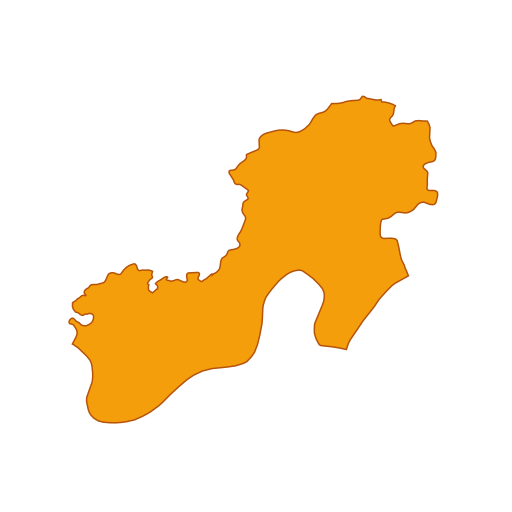 the district of Nha Be, Hồ Chí Minh city, Vietnam, rotated 76°
{"feature_id": "81297802B80984092880643", "entity_name": "Nha Be", "entity_type": "district", "adm_level": 2, "iso_a3": "VNM", "parent_name": "Vietnam", "parent_adm1": "Hồ Chí Minh city", "projection": "robinson", "projection_center": [106.723, 10.651], "detail": "fine", "context": "isolated", "style": "filled", "palette": "amber", "viewbox_px": 512, "rotation_deg": 76, "n_neighbors": 0, "source": "geoboundaries", "source_scale": "gbopen_adm2", "svg_char_len": 6089}
<svg xmlns="http://www.w3.org/2000/svg" viewBox="0 0 512 512"><g transform="rotate(76 256 256)"><path d="M155.3,240.7L158.1,241.4L159.0,241.9L160.4,243.9L162.5,249.1L163.6,250.9L166.6,254.5L167.0,255.6L167.1,257.6L166.7,260.4L166.8,261.1L168.0,261.9L169.5,261.9L176.7,259.5L179.7,259.2L180.9,258.6L182.0,257.2L182.4,255.1L182.8,254.1L184.2,252.7L189.8,248.0L190.6,247.6L191.1,247.6L193.8,250.3L194.4,250.5L197.2,249.7L198.4,249.7L199.0,250.4L200.3,254.3L200.9,255.1L201.7,255.8L202.6,256.2L204.2,256.6L206.8,258.1L208.5,258.5L210.2,258.5L211.7,258.2L214.6,257.0L215.9,256.8L217.2,257.0L218.5,257.7L226.5,263.3L228.9,265.4L230.5,267.3L231.9,268.5L233.6,269.7L235.1,270.2L236.5,270.1L238.7,269.0L240.3,268.7L241.4,268.9L242.4,269.4L243.5,270.9L244.1,273.3L244.2,276.5L244.0,278.4L244.0,280.7L245.0,282.3L246.2,283.0L247.6,284.2L248.7,285.8L250.0,289.4L251.0,290.4L252.7,291.5L257.3,293.3L259.6,294.5L260.5,295.5L261.8,297.4L262.7,299.5L262.9,301.2L263.9,303.0L263.3,302.8L262.8,303.0L263.0,303.9L266.1,310.0L266.7,312.5L267.7,314.7L267.0,315.9L265.3,317.4L264.7,317.8L263.5,317.8L260.9,315.7L259.6,315.2L259.2,315.2L258.4,315.6L257.9,316.3L256.2,325.0L256.1,326.0L256.3,326.7L257.2,327.6L257.8,327.9L260.0,328.4L262.5,328.4L263.4,328.6L264.2,330.0L264.3,331.1L263.7,332.5L261.9,335.0L260.3,336.9L259.8,338.0L259.7,339.2L259.9,340.9L260.0,344.0L259.9,344.7L258.7,346.3L258.3,347.6L257.6,348.5L257.2,348.7L256.9,348.6L255.2,346.9L254.9,347.0L254.5,347.8L254.4,348.7L254.5,350.1L256.2,354.8L256.8,357.2L258.1,359.8L258.4,360.2L258.7,360.2L260.6,359.0L261.5,358.7L263.9,359.5L264.1,359.8L264.4,361.0L265.2,362.2L266.7,365.4L264.2,367.7L263.1,368.3L262.2,368.4L260.3,368.0L257.8,366.9L257.1,367.7L256.3,367.9L255.6,367.4L253.8,365.3L253.0,363.9L252.3,362.2L251.9,361.7L251.4,361.5L249.0,361.8L245.9,360.1L245.3,360.7L243.9,363.0L243.5,364.1L242.9,367.2L242.2,369.5L242.1,371.8L241.9,372.8L241.3,373.5L240.1,374.1L236.5,374.3L235.7,374.6L234.5,375.3L234.1,376.2L234.2,378.4L234.5,381.1L235.5,384.1L237.5,387.7L240.7,391.5L240.9,392.5L240.8,393.5L240.0,395.2L238.6,396.9L237.5,399.1L237.3,400.6L237.5,402.7L238.1,403.7L239.4,404.9L243.4,407.9L244.5,409.4L245.0,410.4L245.2,417.4L244.3,420.8L244.1,421.9L244.2,423.2L244.6,424.1L246.3,426.2L247.0,428.7L247.5,429.8L248.7,431.0L249.4,431.4L250.3,431.5L251.2,431.3L252.4,430.6L253.1,430.7L253.2,431.4L252.3,433.1L252.4,434.5L252.7,435.3L253.9,437.6L254.3,439.5L255.4,441.1L256.0,442.5L256.5,444.3L257.1,445.4L259.0,445.8L260.2,446.3L261.4,446.1L262.4,446.3L264.3,445.8L266.2,444.8L266.6,444.8L268.2,442.1L270.2,440.7L271.4,439.3L271.7,438.1L271.1,436.1L271.1,435.4L271.6,433.7L271.3,431.5L272.1,430.0L272.9,428.7L273.7,428.3L274.7,428.2L276.2,428.4L277.8,429.1L278.7,429.6L280.1,430.8L280.9,431.7L281.9,434.0L282.5,436.8L282.5,438.0L282.1,439.8L281.1,441.6L280.5,442.3L278.0,443.8L275.7,446.3L273.2,447.7L272.5,448.2L272.0,448.9L271.9,449.6L272.0,450.4L272.5,451.4L273.2,452.4L274.3,453.2L275.0,453.4L276.0,453.3L276.6,453.0L278.0,450.5L279.0,449.6L284.0,448.0L286.5,448.0L288.3,448.4L290.9,450.1L297.0,455.5L298.2,454.1L299.4,453.2L301.9,450.9L311.3,445.0L312.7,444.2L317.1,442.2L320.3,441.7L323.1,441.8L330.3,442.8L333.9,443.7L338.5,445.4L352.3,454.5L356.1,455.6L364.3,455.9L367.4,455.6L370.6,454.6L374.3,452.5L378.0,448.7L380.4,444.1L382.4,438.2L383.8,433.1L384.8,427.5L385.4,422.2L385.6,413.5L384.1,405.0L382.9,400.3L381.6,395.9L377.6,386.2L375.3,381.9L369.5,372.4L364.2,362.7L359.2,352.7L356.5,345.2L354.6,335.8L354.6,325.8L356.8,310.5L357.6,302.4L357.2,294.9L356.4,290.7L352.6,284.7L348.9,280.6L342.3,276.0L334.2,271.7L323.4,266.7L317.4,264.7L308.2,262.0L305.7,261.0L301.1,258.3L298.5,256.4L295.1,252.6L292.1,248.8L286.0,240.3L284.0,236.6L281.2,230.4L280.2,226.9L279.7,222.8L279.9,218.6L280.3,217.1L281.4,214.7L287.0,209.8L291.8,206.0L298.6,201.9L303.9,199.4L308.2,198.8L311.4,199.4L315.1,200.7L316.7,201.5L320.0,203.7L334.8,214.7L336.5,215.7L341.0,217.1L345.1,218.0L349.0,217.9L351.4,217.6L355.7,216.6L357.5,215.9L358.6,214.7L362.4,204.4L365.3,197.5L368.6,190.9L363.5,187.8L360.0,184.7L344.2,167.1L334.1,153.9L327.5,146.6L321.2,137.2L317.5,131.0L316.0,127.3L312.1,112.9L306.3,113.7L304.1,114.2L300.5,114.4L295.1,115.7L292.3,115.8L288.4,115.7L281.3,115.3L275.2,115.3L274.1,115.8L273.1,116.8L272.4,118.1L271.5,120.4L270.7,123.8L270.2,126.5L269.6,128.5L268.6,129.7L267.3,130.4L265.0,130.3L261.3,129.4L256.4,127.9L253.2,126.6L251.4,125.4L251.0,124.8L251.0,123.9L251.3,119.5L251.1,117.9L250.4,115.5L248.3,111.2L247.9,109.7L247.8,108.4L247.9,107.1L250.3,100.8L250.6,99.3L250.5,96.8L250.1,95.2L249.1,92.0L244.9,86.2L244.3,84.6L244.0,82.2L244.4,80.0L248.0,74.8L248.6,73.2L249.0,71.8L249.0,70.7L248.6,69.6L247.7,68.5L242.1,65.5L239.9,64.8L238.2,64.6L237.1,65.1L236.0,66.3L235.4,67.9L234.3,72.2L233.5,73.4L232.2,73.8L230.2,73.3L227.9,72.4L223.1,71.3L217.8,69.5L216.7,69.3L215.5,69.4L213.6,70.5L211.6,71.9L210.6,72.2L209.7,72.1L208.3,71.3L207.5,69.5L207.1,67.5L206.9,65.0L207.1,62.5L206.9,60.8L206.5,59.7L205.9,59.0L204.6,58.1L203.0,57.5L199.4,56.4L197.8,56.5L194.7,57.3L191.1,58.7L186.5,59.2L183.1,59.0L173.6,56.1L170.3,56.2L166.5,57.2L165.4,61.4L164.1,64.9L163.5,68.4L163.7,69.9L164.6,72.5L164.8,74.6L164.6,76.0L162.9,80.9L162.5,83.1L162.4,85.0L163.1,90.3L163.0,91.5L161.9,92.1L157.6,93.5L156.1,93.4L155.3,92.9L154.4,92.0L152.9,89.6L152.1,88.9L149.9,87.6L147.8,86.9L146.2,86.2L144.0,84.4L141.5,87.2L139.9,89.7L138.0,93.3L137.0,96.7L134.4,96.9L134.4,98.3L133.9,101.3L129.6,110.7L128.1,111.8L127.5,112.4L127.1,113.2L126.9,113.8L126.9,114.2L127.1,114.6L129.1,117.0L129.4,117.7L129.5,118.5L129.5,119.8L128.5,124.9L128.1,128.2L127.9,131.5L128.2,134.6L127.9,139.0L127.5,141.2L126.4,145.7L131.0,151.4L132.2,153.9L132.8,156.5L132.8,160.2L133.2,162.8L133.5,163.7L134.2,164.9L136.2,167.3L140.6,171.7L141.7,173.2L144.1,177.6L144.9,179.6L146.0,183.8L146.0,185.9L145.7,187.9L144.7,190.0L142.7,193.3L141.2,196.6L140.2,199.7L139.5,202.9L139.2,205.8L139.2,209.0L139.3,216.0L139.8,219.4L141.2,222.4L142.3,223.8L143.5,224.7L144.8,225.1L151.7,226.5L152.3,227.0L153.0,227.8L153.6,230.1L154.4,235.9L155.3,240.7Z" fill="#f59e0b" stroke="#b45309" stroke-width="1.5"/></g></svg>